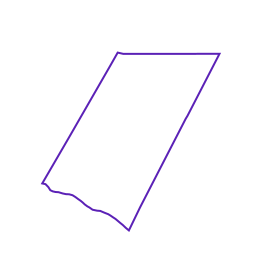 outline of Pedra Grande, Rio Grande do Norte, Brazil, rotated 197°
{"feature_id": "56859067B93684977635333", "entity_name": "Pedra Grande", "entity_type": "district", "adm_level": 2, "iso_a3": "BRA", "parent_name": "Brazil", "parent_adm1": "Rio Grande do Norte", "projection": "equal_earth", "projection_center": [-35.857, -5.148], "detail": "fine", "context": "isolated", "style": "outline", "palette": "violet", "viewbox_px": 256, "rotation_deg": 197, "n_neighbors": 0, "source": "geoboundaries", "source_scale": "gbopen_adm2", "svg_char_len": 631}
<svg xmlns="http://www.w3.org/2000/svg" viewBox="0 0 256 256"><g transform="rotate(197 128 128)"><path d="M159.9,197.1L162.9,183.6L181.6,102.0L193.8,49.9L190.5,50.2L186.9,48.2L184.1,45.8L181.4,45.4L178.6,45.6L175.7,46.3L171.3,46.3L168.0,46.6L164.9,47.4L161.4,47.5L158.1,46.6L155.0,45.5L151.9,44.5L149.5,43.5L147.1,42.3L144.0,41.2L141.6,40.7L138.0,39.5L133.4,39.9L130.2,40.6L127.7,40.3L124.6,40.0L121.7,39.8L119.0,39.1L116.2,38.2L113.4,37.4L110.6,36.2L107.8,35.0L104.8,33.8L101.0,31.9L97.2,30.3L93.3,55.4L75.5,153.8L74.7,156.9L62.2,225.7L93.8,216.0L154.3,197.5L159.9,197.1Z" fill="none" stroke="#5b21b6" stroke-width="2"/></g></svg>